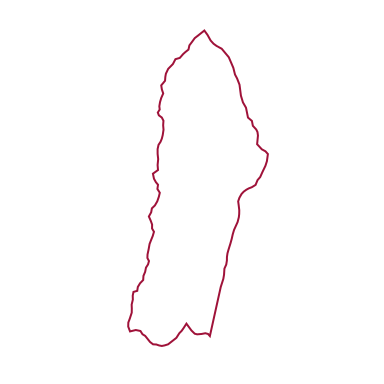 the district of Ouroeste, São Paulo, Brazil, rotated 19°
{"feature_id": "56859067B2598348213276", "entity_name": "Ouroeste", "entity_type": "district", "adm_level": 2, "iso_a3": "BRA", "parent_name": "Brazil", "parent_adm1": "São Paulo", "projection": "equal_earth", "projection_center": [-50.408, -19.922], "detail": "fine", "context": "isolated", "style": "outline", "palette": "rose", "viewbox_px": 384, "rotation_deg": 19, "n_neighbors": 0, "source": "geoboundaries", "source_scale": "gbopen_adm2", "svg_char_len": 2055}
<svg xmlns="http://www.w3.org/2000/svg" viewBox="0 0 384 384"><g transform="rotate(19 192 192)"><path d="M151.1,35.3L147.5,41.0L144.5,45.6L143.1,50.2L141.8,54.2L142.3,58.5L140.2,61.8L138.7,64.5L136.8,69.2L133.1,71.8L132.3,77.2L129.4,83.3L128.8,88.6L129.3,91.8L130.3,95.6L128.2,101.2L130.1,104.8L132.7,108.2L132.3,113.2L132.5,117.4L133.2,121.6L134.6,124.5L133.8,128.0L135.7,130.3L139.2,131.4L141.8,133.9L143.0,138.3L144.8,142.4L145.8,147.8L146.1,151.4L145.9,154.8L145.0,158.3L145.5,162.6L147.1,167.2L149.3,171.9L150.7,177.7L152.7,182.3L149.1,187.4L151.7,191.8L154.7,194.5L157.5,196.2L158.3,200.4L161.8,203.2L162.2,207.2L162.2,212.1L161.3,216.8L159.4,220.5L160.0,224.5L159.2,229.2L162.5,232.8L164.9,235.8L166.1,239.5L169.0,242.0L169.2,246.5L169.0,249.9L168.8,254.9L169.6,260.0L170.3,265.6L171.3,268.9L173.8,271.3L174.0,274.8L173.1,278.5L173.7,282.8L173.4,287.1L174.5,291.1L172.6,295.2L171.7,299.4L172.4,303.3L169.2,305.5L169.7,309.3L171.1,313.0L171.6,318.1L173.0,321.7L174.3,325.7L174.4,331.9L174.3,336.2L175.5,340.0L178.8,344.0L183.8,340.8L188.5,340.2L191.5,342.6L194.6,343.3L201.2,347.5L204.8,348.7L207.9,347.8L210.9,347.8L213.6,347.4L216.0,346.0L219.0,343.8L221.6,339.8L224.7,335.0L226.0,329.6L227.4,326.7L228.3,323.6L229.6,318.3L232.9,320.6L236.5,323.1L240.7,325.1L243.2,324.9L247.3,323.1L250.6,321.2L253.4,321.0L255.8,322.4L250.1,272.4L250.0,267.5L249.9,263.9L249.2,259.7L247.6,253.9L248.0,249.5L247.3,245.4L246.2,242.1L245.5,238.4L245.3,234.8L245.1,228.1L244.8,223.3L244.3,218.8L244.1,214.1L244.9,205.6L244.5,200.6L243.8,197.5L242.6,193.8L240.4,189.2L238.7,185.8L238.7,182.0L239.5,177.7L240.8,174.8L242.6,172.2L244.5,170.1L247.0,168.0L249.8,164.6L250.1,159.4L251.6,155.7L252.1,150.2L252.9,143.3L252.8,138.5L251.4,131.4L248.2,129.6L244.1,128.9L238.0,125.6L236.0,117.2L234.4,114.0L232.4,112.0L228.0,109.6L225.5,105.3L220.7,103.4L215.6,94.7L211.0,90.7L206.9,85.0L202.0,75.1L197.7,70.0L194.4,66.9L190.7,61.2L188.0,58.2L182.9,52.6L173.5,46.9L167.7,45.9L164.1,44.8L160.3,42.7L155.5,38.4L151.1,35.3Z" fill="none" stroke="#9f1239" stroke-width="2"/></g></svg>